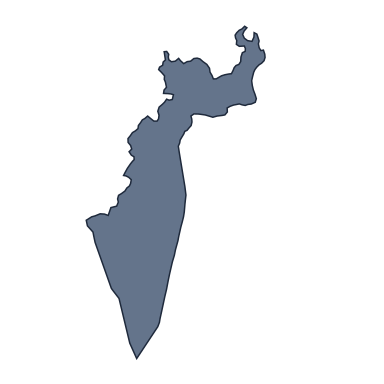 outline of Pindaré-Mirim, Maranhão, Brazil, rotated 343°
{"feature_id": "56859067B48073775687660", "entity_name": "Pindaré-Mirim", "entity_type": "district", "adm_level": 2, "iso_a3": "BRA", "parent_name": "Brazil", "parent_adm1": "Maranhão", "projection": "natural_earth1", "projection_center": [-45.393, -3.706], "detail": "fine", "context": "isolated", "style": "filled", "palette": "slate", "viewbox_px": 384, "rotation_deg": 343, "n_neighbors": 0, "source": "geoboundaries", "source_scale": "gbopen_adm2", "svg_char_len": 2561}
<svg xmlns="http://www.w3.org/2000/svg" viewBox="0 0 384 384"><g transform="rotate(343 192 192)"><path d="M115.8,183.5L109.9,183.2L105.0,189.9L101.8,187.5L97.8,186.0L92.3,186.5L88.8,186.4L82.6,188.1L82.1,193.8L85.6,201.4L85.2,205.0L84.6,211.9L86.7,260.6L87.8,263.7L91.1,272.5L90.8,277.2L88.3,318.4L90.4,335.1L119.9,310.8L122.7,307.2L124.5,303.6L128.0,297.4L135.4,284.1L139.1,277.8L143.0,270.4L146.5,264.0L152.8,253.1L156.6,247.4L159.3,242.4L164.3,234.5L166.5,230.3L171.3,221.9L173.9,217.8L176.6,213.3L178.8,208.8L181.8,201.3L183.3,197.8L185.3,193.2L186.8,184.6L191.4,150.3L192.3,144.2L194.5,141.6L195.9,138.8L198.4,136.5L201.2,134.0L202.8,131.9L205.3,131.6L207.8,129.9L210.6,128.2L212.4,125.1L213.1,122.2L213.2,119.0L216.7,117.9L221.2,119.4L227.2,122.2L233.8,126.6L238.2,126.7L243.3,127.6L246.0,127.9L249.2,125.8L250.2,121.9L253.5,121.2L257.2,121.0L259.8,121.3L263.0,121.6L265.4,123.3L268.2,124.8L271.0,124.6L274.4,125.2L278.7,124.7L280.8,121.6L280.8,117.0L280.5,112.4L280.8,107.8L281.6,103.0L283.7,99.3L286.1,95.4L288.0,93.3L290.5,91.5L293.3,90.0L296.2,89.2L299.3,87.5L301.2,84.7L301.9,81.5L301.8,77.2L299.2,76.9L298.4,73.7L298.8,69.7L300.3,67.2L300.3,63.7L300.2,60.0L298.0,57.8L296.5,62.0L293.4,65.5L289.4,63.5L287.0,60.2L286.5,56.1L288.9,53.3L292.5,51.0L290.8,48.9L287.4,50.7L284.5,51.1L281.3,52.8L279.1,54.6L278.7,57.4L279.1,60.2L277.6,63.8L279.8,66.5L282.3,67.1L284.7,67.7L285.0,70.5L283.9,73.1L280.9,73.5L278.3,77.2L276.7,81.5L274.1,83.7L271.1,83.9L268.7,85.4L266.8,87.8L264.3,90.4L261.6,89.9L257.9,89.5L254.3,89.5L250.7,90.3L248.3,90.9L245.5,90.1L245.2,86.4L244.3,82.7L244.9,78.8L243.5,74.3L240.6,70.5L238.5,67.1L236.1,65.5L232.8,64.9L228.9,66.5L225.5,65.9L221.6,66.8L219.4,63.1L218.3,60.3L214.3,62.0L210.4,61.4L208.5,58.8L208.8,56.0L210.0,53.5L208.9,50.2L206.4,49.7L205.8,53.8L205.2,57.9L202.4,59.3L201.0,62.2L197.5,63.1L195.9,65.2L197.8,68.7L199.7,72.9L198.4,76.2L198.7,79.1L198.2,84.4L195.1,86.3L193.6,89.4L197.8,90.9L200.4,92.0L202.7,93.5L200.2,97.8L196.9,97.5L194.9,95.8L192.0,98.1L189.3,99.5L185.4,101.2L182.9,104.8L182.9,109.0L181.3,112.4L179.2,114.0L176.2,113.0L173.9,109.6L171.8,106.4L168.4,107.9L165.6,108.5L162.9,110.8L160.2,112.7L158.9,115.6L155.7,117.0L152.4,117.8L149.4,120.2L146.4,122.2L145.4,125.9L146.9,129.6L146.9,133.3L143.6,135.1L144.8,139.1L146.8,141.3L146.2,144.1L144.0,145.3L141.4,147.1L137.1,150.5L133.8,153.7L131.4,156.2L133.7,157.4L135.8,159.5L137.5,162.5L135.7,166.0L133.8,168.0L130.9,169.1L128.1,171.5L124.0,172.9L120.8,173.7L118.8,176.9L118.6,180.1L115.8,183.5Z" fill="#64748b" stroke="#1e293b" stroke-width="1.5"/></g></svg>